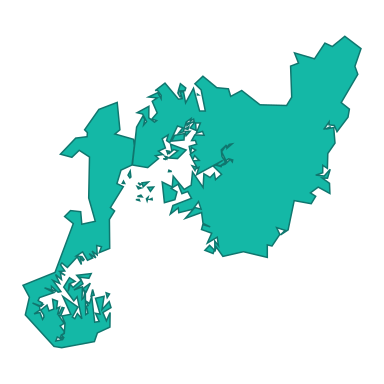 outline of Colón, Colón, Panama
{"feature_id": "35544464B72276923440034", "entity_name": "Colón", "entity_type": "district", "adm_level": 2, "iso_a3": "PAN", "parent_name": "Panama", "parent_adm1": "Colón", "projection": "mercator", "projection_center": [-79.891, 9.223], "detail": "fine", "context": "isolated", "style": "filled", "palette": "teal", "viewbox_px": 384, "rotation_deg": 0, "n_neighbors": 0, "source": "geoboundaries", "source_scale": "gbopen_adm2", "svg_char_len": 5943}
<svg xmlns="http://www.w3.org/2000/svg" viewBox="0 0 384 384"><path d="M202.9,76.2L194.9,83.8L201.1,89.8L205.3,111.0L199.6,111.0L193.5,88.3L185.6,102.9L183.5,91.8L180.2,91.9L182.2,98.6L178.5,99.2L165.0,83.1L155.2,90.6L157.4,90.2L161.2,95.4L161.1,98.7L157.7,92.7L148.5,97.0L157.2,97.9L152.2,101.3L157.2,112.9L151.8,119.1L156.6,120.6L154.5,122.2L148.8,117.8L148.9,106.3L137.1,112.7L142.6,114.0L146.6,121.6L143.6,125.1L144.8,119.2L142.8,116.3L136.6,127.1L132.4,165.0L147.7,167.6L158.5,158.6L155.4,155.7L162.8,154.5L158.4,151.1L165.4,148.0L162.2,138.7L168.1,134.9L166.6,140.6L169.7,142.7L177.5,126.0L182.8,127.8L178.7,133.0L183.2,131.9L186.2,122.0L191.0,118.6L190.3,121.0L193.6,119.1L194.1,121.7L187.1,123.2L186.9,125.5L192.4,122.1L194.3,122.6L190.2,128.0L196.1,130.4L195.6,123.0L200.4,123.0L196.2,133.3L202.5,131.4L204.1,135.3L194.8,134.9L191.6,140.6L195.4,140.5L196.7,144.2L189.2,146.4L190.6,153.4L191.6,147.7L195.7,150.1L190.1,154.3L192.7,159.6L194.6,155.6L199.2,160.4L193.3,160.8L196.9,167.3L192.1,165.8L195.0,170.5L195.5,169.1L198.9,167.3L196.6,174.7L222.8,160.4L215.9,164.7L220.1,165.7L222.9,164.9L225.6,163.6L226.1,161.8L224.6,159.6L225.7,162.1L225.4,163.2L224.3,164.2L221.1,165.2L225.5,162.4L221.9,156.3L221.3,149.8L225.8,145.6L226.3,145.5L226.6,145.8L226.9,148.1L229.2,144.4L232.1,143.9L227.0,148.3L225.8,145.7L221.6,151.8L226.4,161.5L226.4,160.4L228.6,158.8L232.7,159.9L232.3,161.9L230.3,159.4L225.1,164.3L219.6,166.0L221.8,166.9L215.5,165.0L213.4,166.3L221.6,174.3L215.5,179.7L214.3,173.2L210.1,177.5L203.9,173.8L203.1,187.5L192.5,172.0L191.2,185.2L184.2,189.4L173.2,176.1L172.2,187.0L162.2,182.0L164.4,202.7L174.9,199.7L177.0,191.9L171.2,188.4L178.1,184.2L181.9,193.7L187.8,191.5L191.5,198.3L172.9,205.5L170.3,214.1L178.3,207.9L178.8,212.7L192.9,209.2L198.5,201.6L201.1,209.2L194.8,207.5L185.3,218.4L201.6,212.5L203.0,223.3L210.2,226.9L202.8,224.6L201.5,229.5L211.7,233.2L207.3,243.1L217.2,237.2L218.5,245.7L214.8,241.1L214.9,251.6L216.2,246.9L222.9,256.4L243.4,251.7L267.3,257.4L267.3,244.9L272.0,246.0L279.8,234.4L276.6,227.6L285.1,230.3L280.4,235.0L288.1,229.9L294.2,200.6L311.2,203.7L315.7,196.3L310.4,192.9L318.2,187.1L329.9,193.5L329.5,183.3L322.2,178.0L327.5,178.2L330.2,169.3L324.2,176.0L315.7,175.1L322.7,172.8L322.8,165.3L327.4,168.4L327.8,153.5L335.0,143.1L333.7,127.5L328.4,128.6L330.6,126.6L327.0,128.3L324.7,129.0L324.1,128.9L329.1,121.9L329.0,124.9L334.3,125.4L337.0,131.7L348.0,117.2L349.4,109.1L341.2,102.6L357.8,74.3L354.9,66.3L361.0,48.6L344.8,36.3L332.3,46.5L324.9,43.1L314.5,58.8L294.5,52.9L298.5,63.1L290.6,66.1L291.7,97.2L286.6,105.5L260.0,104.8L241.7,90.5L230.7,96.4L228.4,88.8L216.8,87.7L202.9,76.2ZM25.3,314.9L54.0,346.4L61.7,347.7L94.4,341.6L97.4,332.9L109.9,327.1L110.1,312.5L106.4,320.8L102.9,312.5L111.0,307.6L109.2,301.6L102.0,309.6L104.1,296.3L95.5,298.3L100.1,314.1L95.5,313.3L99.2,321.5L94.7,322.2L91.7,296.5L89.5,303.4L86.0,301.1L88.1,305.5L85.7,306.6L87.1,308.5L87.9,313.3L85.7,314.6L85.3,291.6L83.7,290.6L84.7,292.9L83.6,297.8L82.0,299.3L82.4,286.8L73.9,290.0L83.0,283.8L79.9,277.2L88.9,278.3L91.2,273.6L76.7,275.3L81.1,280.3L73.1,287.5L70.3,284.2L68.2,291.3L69.2,283.9L75.1,281.4L69.5,277.7L63.7,287.1L73.8,300.9L77.1,296.8L81.9,318.8L77.4,313.6L74.8,318.7L72.3,317.1L77.9,307.1L62.8,296.4L70.8,314.3L61.9,316.0L65.0,323.1L64.3,333.5L61.5,335.1L63.7,337.6L62.6,339.6L55.8,341.0L57.3,337.0L62.4,339.6L63.5,337.7L60.4,337.4L61.4,334.9L63.9,333.5L64.2,331.5L60.1,325.9L64.1,323.4L58.9,315.7L60.7,315.8L64.0,307.9L62.1,307.4L59.1,313.8L57.7,313.9L59.6,307.0L56.6,308.6L57.5,301.1L52.6,299.3L53.8,309.0L49.0,310.9L47.0,305.1L40.7,310.2L43.6,314.6L44.0,317.0L42.6,319.4L39.9,312.5L34.1,313.9L39.9,310.0L39.6,306.6L32.5,303.0L41.2,306.3L43.2,304.4L42.1,304.1L41.2,305.6L40.9,305.8L40.7,305.7L42.3,303.0L38.1,300.6L39.5,297.6L53.9,292.6L44.5,287.8L56.0,291.4L51.7,289.5L51.5,286.4L58.1,292.2L60.9,291.6L52.9,280.4L59.8,283.5L55.5,274.5L61.5,279.5L60.4,272.8L65.2,275.4L59.6,271.4L64.8,271.0L60.5,264.8L61.9,263.0L67.4,267.5L77.2,256.9L81.4,264.5L80.5,257.9L83.0,260.7L84.1,259.6L81.9,256.6L76.2,256.0L82.6,251.9L87.5,260.3L92.6,258.0L89.2,253.6L95.8,257.9L92.1,251.1L97.2,254.9L96.7,245.5L101.5,246.7L99.3,252.6L109.7,248.4L109.4,219.4L114.6,211.0L110.4,207.6L123.3,186.7L116.9,183.6L121.0,170.1L132.0,165.0L134.3,145.5L133.5,139.3L114.9,134.0L119.9,129.8L117.2,102.4L98.9,109.4L84.6,129.8L87.4,132.6L87.1,136.7L75.7,138.1L60.4,154.2L71.9,157.3L79.2,150.3L89.5,157.0L88.7,198.0L95.3,221.3L81.8,224.2L80.7,211.7L70.5,210.6L64.6,216.5L73.3,223.6L55.0,272.4L23.0,285.3L29.4,297.2L25.3,314.9ZM186.1,150.0L170.6,144.2L171.9,151.1L168.7,154.0L173.8,149.6L177.9,150.8L168.8,158.0L177.5,158.6L186.1,150.0ZM184.4,133.6L174.6,135.4L171.7,141.1L184.0,140.0L184.4,133.6ZM209.6,245.3L204.9,250.3L213.1,253.5L214.4,250.2L209.6,245.3ZM180.4,83.7L178.3,91.0L184.9,90.7L185.8,88.0L180.4,83.7ZM90.3,283.2L82.6,288.9L86.1,292.1L90.3,283.2ZM148.4,182.0L142.0,182.8L143.2,186.8L148.4,182.0ZM153.7,187.0L147.7,187.3L150.4,191.4L153.7,187.0ZM190.0,131.3L185.0,131.5L186.0,135.8L190.0,131.3ZM140.9,195.1L137.4,196.4L142.2,196.9L140.9,195.1ZM141.2,188.0L137.1,186.4L138.4,188.9L141.2,188.0ZM94.2,295.2L92.6,289.5L91.1,296.1L94.2,295.2ZM130.2,171.0L128.0,175.1L129.9,177.9L130.9,177.0L130.2,171.0ZM109.5,294.0L106.1,292.8L107.2,297.7L109.5,294.0ZM167.6,157.2L164.9,156.3L166.9,159.0L167.6,157.2ZM171.7,171.5L168.9,170.2L168.5,171.7L171.7,171.5ZM187.9,129.4L188.8,126.6L185.5,128.8L187.9,129.4ZM124.7,183.5L123.5,181.1L122.3,183.3L124.7,183.5ZM141.3,184.3L138.1,182.9L140.0,185.0L141.3,184.3ZM139.1,199.4L135.9,199.6L139.6,200.7L139.1,199.4ZM169.5,151.3L166.6,150.7L167.8,153.9L169.5,151.3ZM147.1,200.9L148.1,197.2L146.4,198.8L147.1,200.9ZM165.9,158.9L163.2,158.7L165.5,159.5L165.9,158.9ZM179.1,95.5L178.6,92.2L177.8,92.9L179.1,95.5ZM152.0,198.4L149.8,199.4L152.2,199.8L152.0,198.4ZM179.7,96.5L180.8,97.4L180.0,96.0L179.7,96.5ZM197.4,94.9L198.5,94.9L197.4,94.1L197.4,94.9Z" fill="#14b8a6" stroke="#0f766e" stroke-width="1.5"/></svg>